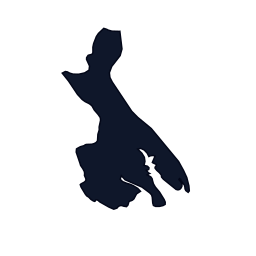 SVG path tracing the border of Tombali, rotated 299°
{"feature_id": "GNB-778", "entity_name": "Tombali", "entity_type": "Region", "adm_level": 1, "iso_a3": "GNB", "parent_name": "Guinea-Bissau", "parent_adm1": "", "projection": "equal_earth", "projection_center": [-15.06, 11.313], "detail": "fine", "context": "isolated", "style": "filled", "palette": "ink", "viewbox_px": 256, "rotation_deg": 299, "n_neighbors": 0, "source": "natural_earth", "source_scale": "10m", "svg_char_len": 2366}
<svg xmlns="http://www.w3.org/2000/svg" viewBox="0 0 256 256"><g transform="rotate(299 128 128)"><path d="M208.6,74.0L194.2,84.4L187.5,86.0L174.0,83.9L167.3,84.9L163.4,87.7L160.5,92.0L144.4,123.2L142.0,131.4L138.8,148.6L123.2,188.5L117.8,197.1L113.2,203.4L106.9,209.3L102.7,212.1L100.9,211.8L101.3,208.9L102.4,207.4L103.9,206.4L105.3,205.1L107.7,200.1L108.7,198.9L108.7,197.5L107.5,197.5L106.8,199.5L106.0,201.3L104.8,202.6L103.1,203.4L101.2,203.5L99.4,203.0L98.1,201.7L97.6,199.8L100.4,183.7L101.4,181.1L103.1,179.9L104.2,177.0L104.9,173.8L105.9,171.3L106.8,170.7L108.9,170.9L109.7,170.5L109.8,169.7L109.6,166.8L109.7,166.0L116.5,165.3L116.2,163.4L115.3,162.0L114.3,160.8L113.2,160.1L115.3,157.0L116.6,152.9L116.4,149.0L114.2,146.7L112.7,152.3L110.3,156.5L107.0,159.0L103.1,160.1L104.0,163.6L103.3,165.7L101.7,166.2L99.9,164.5L99.5,165.7L99.1,166.5L98.7,167.5L98.7,169.0L98.0,168.4L96.3,167.5L96.3,171.7L95.3,173.7L93.7,175.1L91.5,177.3L89.6,180.5L87.2,186.7L83.0,194.2L81.2,196.5L79.2,197.5L77.1,196.2L74.6,193.4L72.8,190.1L72.6,187.8L74.4,186.0L79.2,182.8L80.9,181.1L81.8,178.5L83.1,169.0L81.3,150.6L83.1,145.3L79.4,146.0L78.5,149.3L79.0,153.5L79.8,157.2L80.1,160.5L79.9,165.8L78.7,169.6L74.5,167.4L68.8,167.5L67.0,166.8L65.8,165.9L64.9,165.0L64.2,164.5L60.5,165.3L58.5,164.8L57.6,162.4L57.1,160.0L56.0,158.4L54.4,157.5L52.6,157.2L50.1,154.9L49.6,149.6L49.7,139.2L50.2,136.8L50.1,135.4L49.2,134.7L48.2,134.7L47.7,134.5L47.5,133.8L47.4,132.4L47.6,130.1L48.5,127.2L48.6,124.9L49.4,122.9L53.6,115.6L55.3,113.7L56.3,114.0L59.6,116.1L61.5,116.6L63.1,115.9L65.4,112.9L67.0,112.2L68.7,111.0L70.6,108.1L72.3,104.7L73.8,103.2L81.8,94.4L84.7,93.1L85.5,93.5L88.5,95.4L91.2,98.1L92.5,98.7L93.1,99.2L93.6,99.8L96.1,104.0L96.9,104.9L97.9,105.9L99.7,107.1L101.0,107.4L102.1,107.5L108.0,104.7L111.8,103.9L112.7,103.6L114.3,102.6L115.1,102.2L121.4,100.3L122.8,99.4L123.8,98.5L125.5,95.0L127.4,89.8L128.4,88.2L129.0,87.2L129.6,86.4L129.9,85.5L130.2,84.4L130.4,83.2L130.5,81.9L130.3,77.8L130.6,75.1L130.8,73.9L132.9,67.6L140.3,53.2L144.1,43.9L147.0,45.8L147.7,47.8L147.7,50.3L148.5,53.9L151.1,58.8L155.2,63.4L159.7,65.9L163.6,64.3L167.9,58.5L169.5,57.7L172.2,57.9L172.8,58.4L174.6,60.4L175.6,60.9L177.1,60.7L181.7,58.1L185.3,57.0L192.7,56.0L196.4,56.3L203.4,58.5L204.0,61.6L204.0,63.2L204.9,67.0L208.5,73.9L208.6,74.0Z" fill="#0f172a" stroke="#020617" stroke-width="1.5"/></g></svg>